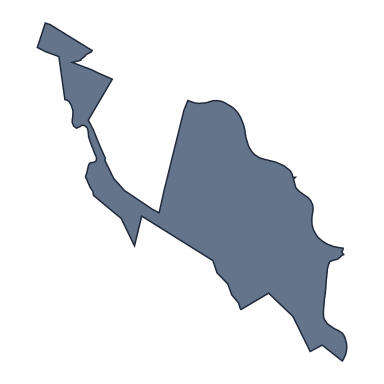 Marchand, Castries, Saint Lucia (Equal Earth projection)
{"feature_id": "8701671B76853731017795", "entity_name": "Marchand", "entity_type": "district", "adm_level": 2, "iso_a3": "LCA", "parent_name": "Saint Lucia", "parent_adm1": "Castries", "projection": "equal_earth", "projection_center": [-60.985, 14.004], "detail": "fine", "context": "isolated", "style": "filled", "palette": "slate", "viewbox_px": 384, "rotation_deg": 0, "n_neighbors": 0, "source": "geoboundaries", "source_scale": "gbopen_adm2", "svg_char_len": 2213}
<svg xmlns="http://www.w3.org/2000/svg" viewBox="0 0 384 384"><path d="M37.3,47.5L45.6,51.7L59.5,56.8L58.9,56.8L64.9,99.8L66.5,99.8L69.2,101.7L71.5,105.9L73.0,111.1L72.8,116.3L72.3,119.2L72.2,122.6L73.7,126.1L76.5,128.2L80.1,126.6L82.0,125.2L84.7,125.7L87.1,127.7L88.1,130.8L88.6,136.8L90.6,142.9L91.3,144.7L92.9,148.8L94.7,153.5L95.9,156.1L96.6,158.2L96.2,160.0L96.2,160.9L93.9,162.3L90.5,162.7L88.7,164.4L86.7,173.2L85.5,176.7L90.1,187.3L92.9,191.5L93.5,195.4L112.4,211.2L121.1,218.3L134.5,245.9L141.7,216.1L212.9,260.6L217.0,272.8L227.8,284.0L231.9,295.1L238.5,302.9L240.2,308.4L241.0,309.5L268.6,293.2L292.9,316.4L310.2,351.5L322.2,345.1L342.3,361.0L343.4,359.4L345.0,355.7L345.7,354.4L346.7,349.2L346.7,344.9L346.4,343.0L346.0,341.3L345.1,338.1L344.7,336.9L343.6,334.9L342.2,333.1L340.5,332.0L337.9,330.3L334.4,328.7L330.2,325.8L328.1,324.3L327.3,323.7L324.5,319.6L323.6,317.1L323.4,312.8L323.5,309.5L324.0,304.9L324.5,298.8L325.3,293.2L325.5,291.0L325.9,286.3L326.4,279.1L327.1,272.9L327.4,268.9L328.1,266.2L328.4,265.1L329.9,261.5L333.5,260.2L336.6,259.5L337.7,259.0L338.3,258.7L339.7,257.5L340.5,256.9L341.2,256.0L341.7,255.4L343.7,254.7L341.7,252.0L342.9,249.9L343.2,248.2L338.8,247.6L333.1,246.4L327.1,244.1L322.6,241.3L317.9,237.3L315.2,233.2L313.1,229.0L312.0,224.4L311.8,220.0L312.1,215.8L313.1,210.0L312.8,205.3L310.8,200.8L308.1,197.6L303.4,194.4L299.2,191.4L295.9,187.8L294.4,182.6L293.5,179.4L295.4,177.3L292.9,177.3L292.2,174.5L291.6,173.0L290.7,171.5L289.7,170.2L287.4,168.5L284.0,165.8L275.7,162.1L271.3,161.0L264.6,159.4L259.7,157.9L254.5,154.6L251.1,150.7L248.5,145.9L247.2,141.8L245.8,136.9L244.8,129.8L243.6,125.1L242.1,121.0L240.5,117.3L238.0,113.0L233.8,108.4L231.0,106.4L225.2,103.0L221.5,101.3L217.4,100.6L213.1,100.7L208.8,102.0L206.0,102.8L203.0,103.1L199.0,103.4L195.1,103.0L189.7,101.2L187.8,100.5L183.9,110.4L174.8,147.1L164.1,190.5L159.1,212.8L152.5,209.4L124.4,190.5L113.6,178.3L105.0,160.5L105.3,158.2L99.0,143.9L93.3,129.8L88.3,120.1L112.3,79.2L110.0,78.2L97.5,72.7L92.2,70.0L80.8,65.7L78.5,64.8L72.3,62.4L80.7,60.3L81.7,58.7L84.6,56.6L86.2,54.5L91.0,52.2L92.2,50.6L58.0,29.5L50.2,24.6L45.3,23.0L41.7,34.1L37.3,47.5Z" fill="#64748b" stroke="#1e293b" stroke-width="1.5"/></svg>